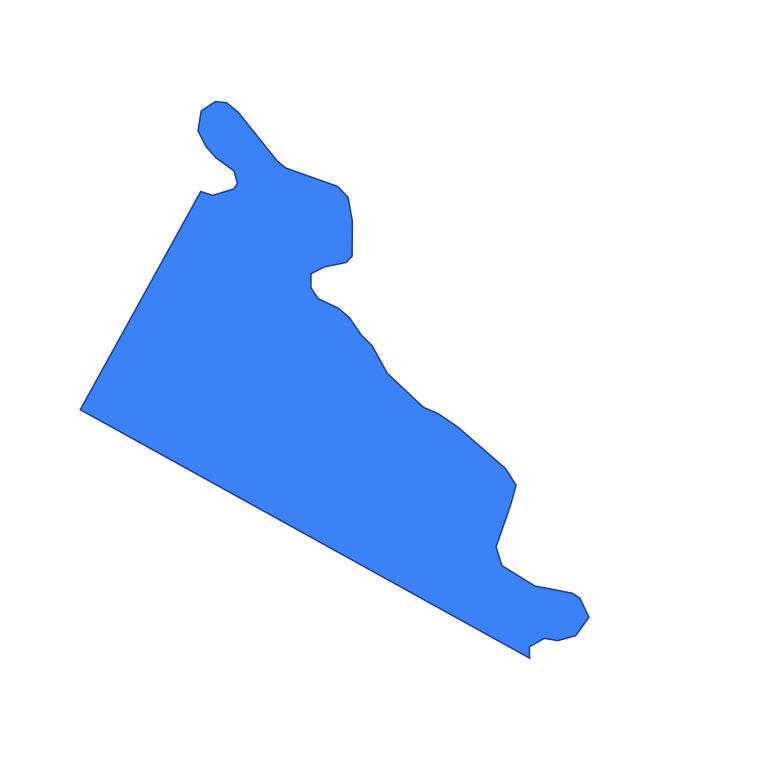 Hughes, South Dakota, United States of America (Natural Earth projection), rotated 209°
{"feature_id": "52423323B77405573289865", "entity_name": "Hughes", "entity_type": "district", "adm_level": 2, "iso_a3": "USA", "parent_name": "United States of America", "parent_adm1": "South Dakota", "projection": "natural_earth1", "projection_center": [-100.02, 44.323], "detail": "fine", "context": "isolated", "style": "filled", "palette": "blue", "viewbox_px": 768, "rotation_deg": 209, "n_neighbors": 0, "source": "geoboundaries", "source_scale": "gbopen_adm2", "svg_char_len": 745}
<svg xmlns="http://www.w3.org/2000/svg" viewBox="0 0 768 768"><g transform="rotate(209 384 384)"><path d="M629.6,214.3L123.7,214.8L129.5,224.6L120.5,239.2L107.6,243.8L94.3,256.8L91.7,279.3L108.7,291.6L117.8,292.3L154.3,280.4L192.8,282.3L207.0,295.8L214.4,338.8L219.4,359.5L236.6,368.9L298.5,382.1L322.6,384.3L338.3,382.7L386.2,394.9L412.8,411.6L427.6,415.8L446.3,425.2L460.5,428.1L482.9,426.7L494.6,432.8L501.3,445.1L493.0,457.4L475.9,472.1L473.9,480.4L490.5,510.9L505.9,529.8L520.3,534.3L575.0,525.2L585.9,527.4L643.1,550.9L658.0,553.7L668.3,549.4L676.3,534.2L669.4,515.3L654.6,505.3L641.0,500.4L618.4,497.6L609.5,488.4L609.8,481.9L625.4,465.8L637.6,463.5L637.2,214.3L629.6,214.3Z" fill="#3b82f6" stroke="#1e3a8a" stroke-width="1.5"/></g></svg>